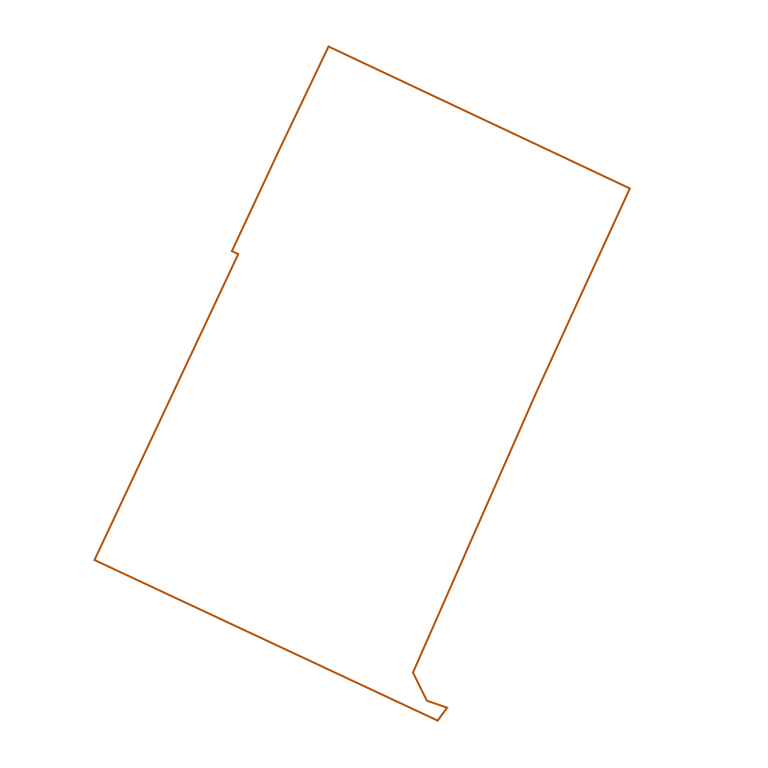 outline of Wadena, Minnesota, United States of America, rotated 25°
{"feature_id": "52423323B93154946949473", "entity_name": "Wadena", "entity_type": "district", "adm_level": 2, "iso_a3": "USA", "parent_name": "United States of America", "parent_adm1": "Minnesota", "projection": "albers", "projection_center": [-94.914, 46.587], "detail": "fine", "context": "isolated", "style": "outline", "palette": "amber", "viewbox_px": 768, "rotation_deg": 25, "n_neighbors": 0, "source": "geoboundaries", "source_scale": "gbopen_adm2", "svg_char_len": 321}
<svg xmlns="http://www.w3.org/2000/svg" viewBox="0 0 768 768"><g transform="rotate(25 384 384)"><path d="M574.9,666.4L578.0,650.7L556.7,652.9L532.2,633.3L525.6,327.3L524.8,216.4L524.2,102.9L191.1,101.6L190.1,214.3L190.0,327.9L197.0,327.9L196.0,665.9L574.9,666.4Z" fill="none" stroke="#b45309" stroke-width="2"/></g></svg>